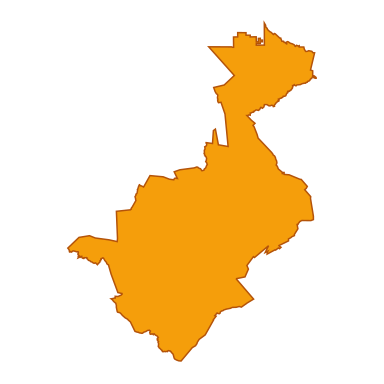 the district of Rosales, Chihuahua, Mexico
{"feature_id": "50627088B98437787119642", "entity_name": "Rosales", "entity_type": "district", "adm_level": 2, "iso_a3": "MEX", "parent_name": "Mexico", "parent_adm1": "Chihuahua", "projection": "albers", "projection_center": [-105.763, 28.244], "detail": "fine", "context": "isolated", "style": "filled", "palette": "amber", "viewbox_px": 384, "rotation_deg": 0, "n_neighbors": 0, "source": "geoboundaries", "source_scale": "gbopen_adm2", "svg_char_len": 5938}
<svg xmlns="http://www.w3.org/2000/svg" viewBox="0 0 384 384"><path d="M231.5,46.9L208.7,46.8L234.3,75.5L224.2,85.0L213.7,87.5L215.1,91.5L216.3,93.6L217.4,94.5L217.8,95.1L217.4,98.0L217.9,99.0L217.8,99.9L217.6,100.0L217.9,101.7L218.5,102.7L221.0,102.3L225.0,114.0L228.1,146.5L218.4,144.8L215.4,129.1L213.4,130.6L212.5,143.5L206.1,142.6L206.0,142.9L206.7,144.0L206.6,145.2L206.0,146.1L204.7,146.8L205.0,148.0L204.9,149.4L204.3,150.2L204.4,152.9L204.1,153.3L204.5,153.7L204.5,154.9L205.3,155.6L205.2,156.2L206.1,156.9L206.6,158.3L206.3,160.4L205.7,161.6L206.7,162.8L207.3,164.7L206.7,165.2L205.7,167.9L204.3,169.0L204.1,170.0L202.8,170.6L201.8,170.7L200.5,168.7L199.6,168.5L198.2,167.7L197.8,167.2L196.7,167.0L194.2,167.9L179.8,169.8L174.2,171.8L177.4,178.5L175.2,178.1L174.4,178.5L173.8,179.8L169.4,179.2L163.2,176.8L150.0,175.6L143.6,187.0L141.4,185.9L139.8,185.6L139.6,184.7L139.4,184.7L138.6,186.3L137.8,189.0L137.4,189.5L137.6,189.9L137.1,193.0L136.5,193.9L136.2,193.9L135.9,194.5L135.9,195.3L135.0,196.7L135.6,198.6L135.5,198.9L135.9,200.5L132.1,207.2L131.2,208.3L131.1,208.7L131.3,209.1L130.5,209.8L116.4,211.3L117.5,238.5L117.2,241.6L108.9,239.8L95.3,238.0L89.5,235.7L79.0,237.4L67.8,248.1L69.1,249.8L69.5,251.9L69.9,252.1L70.3,251.5L71.6,252.1L72.4,251.2L73.3,250.9L75.2,251.3L76.5,251.8L78.1,251.7L78.4,252.6L78.2,253.0L78.3,253.6L78.0,253.6L77.9,254.3L78.3,254.8L78.4,255.5L78.9,256.1L78.5,256.2L78.2,256.7L78.5,257.0L78.1,257.9L79.2,257.4L79.8,256.2L80.4,257.2L81.7,256.4L81.9,257.5L82.2,257.9L83.1,258.4L83.9,258.5L84.2,258.1L84.0,257.8L84.7,257.6L86.1,257.8L86.4,257.6L87.2,258.1L87.0,258.7L87.9,259.5L88.4,260.3L90.1,260.9L90.8,261.7L92.0,262.0L92.8,262.7L94.1,263.3L95.6,262.9L97.3,264.6L97.5,264.1L98.4,263.8L98.6,263.3L99.9,262.0L100.0,260.8L100.6,260.7L100.7,259.9L101.2,259.5L100.9,258.9L101.1,258.6L102.2,258.3L102.6,257.9L103.5,258.1L104.8,260.5L106.5,262.5L106.8,263.6L107.5,264.4L108.4,264.7L111.1,274.1L117.9,292.6L122.0,293.5L122.0,294.3L121.7,294.4L121.3,295.0L118.0,296.5L115.2,296.3L115.3,297.2L115.1,298.0L114.8,297.8L113.6,298.4L111.1,298.8L112.3,299.7L113.6,301.4L115.8,303.3L116.4,305.7L116.3,307.1L117.2,311.5L117.4,311.9L117.7,312.2L119.8,312.7L120.8,313.5L122.4,315.4L125.1,317.8L127.6,319.2L128.2,320.0L130.4,321.9L135.0,331.4L137.3,332.2L138.2,332.2L139.2,332.8L141.9,333.3L142.5,333.2L144.0,332.1L145.9,331.5L147.4,330.5L149.4,330.2L150.4,331.1L149.8,332.1L149.8,332.7L150.2,334.1L151.0,334.3L151.6,333.9L152.4,333.9L153.2,334.6L153.4,334.1L154.1,333.8L155.3,335.0L157.3,336.1L158.3,337.6L157.3,338.4L157.5,339.1L157.8,339.3L157.2,339.9L158.5,341.5L158.0,342.1L158.6,343.7L158.3,346.6L158.8,347.0L159.1,347.8L159.6,348.1L161.7,350.3L162.1,350.4L162.2,351.1L162.5,351.6L163.5,351.7L164.3,351.4L165.3,351.7L166.4,351.4L167.4,351.6L167.8,350.9L168.3,350.6L169.4,351.0L169.8,350.8L171.0,351.6L171.1,352.1L173.1,354.2L174.1,357.9L174.6,358.9L176.5,360.0L178.7,360.8L181.1,361.0L192.3,347.6L195.6,345.7L196.6,344.0L196.9,343.8L197.3,342.3L199.2,339.3L205.2,334.9L213.5,320.1L213.3,319.8L216.1,316.2L214.8,315.7L217.1,313.0L218.0,313.5L219.4,313.7L220.1,313.1L220.3,312.0L221.5,311.0L222.9,310.7L223.7,310.0L226.4,309.1L230.4,308.3L232.3,307.4L236.1,307.3L239.2,306.5L241.4,307.1L247.3,302.9L253.6,299.1L236.4,279.1L236.6,278.6L245.0,276.9L248.4,269.1L246.9,265.5L253.4,256.7L254.5,257.5L268.6,245.7L265.2,252.5L267.8,251.2L267.3,252.1L267.1,254.1L275.1,249.8L275.6,250.1L278.4,248.0L279.5,248.7L281.0,247.3L279.4,246.2L279.0,245.5L288.5,240.9L288.5,238.9L290.8,237.7L291.9,236.7L294.4,235.6L294.4,234.4L297.9,228.8L297.1,224.5L298.0,224.4L298.2,223.7L299.8,221.6L301.8,220.5L310.9,220.6L313.4,219.6L313.4,216.2L310.5,198.5L310.7,196.6L304.7,189.7L306.2,188.4L307.3,186.4L301.2,179.4L300.0,179.3L289.1,174.8L284.1,174.4L284.1,172.5L282.7,172.5L282.3,174.2L282.2,172.2L278.6,169.2L278.0,168.4L277.8,167.4L277.1,166.0L276.2,165.1L276.9,162.9L276.6,160.9L275.6,158.9L275.6,158.2L275.1,156.9L274.5,155.9L273.2,155.0L272.8,154.0L271.6,152.4L258.1,138.1L257.1,134.5L254.1,126.8L253.0,125.4L255.0,123.3L251.4,120.3L246.9,115.5L248.2,115.4L248.8,114.9L250.2,115.2L250.3,113.0L251.1,113.0L252.0,112.4L253.6,112.1L253.6,111.4L254.2,111.3L256.1,109.9L258.6,110.4L259.2,109.6L259.6,109.6L260.7,107.4L261.5,107.5L262.2,108.3L262.4,108.3L263.9,106.9L264.4,104.6L267.1,104.6L268.6,105.7L269.9,105.9L271.8,105.2L272.9,105.6L273.3,106.6L274.5,106.3L274.4,105.6L274.6,104.7L275.4,104.0L275.7,103.2L276.6,102.6L277.5,101.4L277.6,101.6L278.9,101.0L279.0,100.2L278.5,99.8L278.4,99.1L279.6,98.9L280.0,98.4L281.2,98.2L281.5,97.7L282.5,97.5L283.1,96.8L283.2,96.3L284.8,96.2L285.8,95.7L286.7,93.4L287.6,92.9L287.6,91.7L287.9,91.3L288.6,91.7L289.2,91.3L289.3,90.9L289.9,90.9L290.5,90.1L291.3,89.9L292.0,88.5L292.4,88.2L292.4,87.5L292.8,86.9L292.6,85.6L293.4,85.6L293.6,85.2L294.3,84.7L294.6,85.2L295.4,85.7L296.2,85.7L296.3,85.3L297.2,84.9L300.4,84.6L301.8,83.8L304.2,83.2L305.6,83.2L306.0,82.5L307.3,82.2L307.8,81.3L308.8,81.1L309.6,80.6L310.0,80.1L310.1,79.5L311.0,78.6L311.6,78.6L312.4,76.9L312.8,76.7L314.2,77.1L313.8,77.6L314.2,78.0L314.7,77.9L315.4,78.3L316.2,78.2L316.2,77.9L315.9,77.3L314.2,75.9L312.7,75.5L312.7,70.8L310.5,70.0L314.6,52.8L312.9,52.7L311.8,51.3L308.7,50.7L307.4,51.3L305.9,51.5L305.3,50.9L304.3,49.1L303.8,47.0L299.2,47.0L299.2,45.7L298.2,46.1L297.4,45.6L296.4,45.3L295.6,46.4L295.2,46.4L294.1,44.7L292.0,43.7L290.4,43.3L288.2,41.8L287.6,41.6L286.3,42.2L286.1,42.9L286.8,43.8L286.6,43.9L284.8,42.4L284.1,42.4L283.6,41.3L281.9,41.3L280.7,38.1L280.3,38.3L279.7,38.0L275.2,33.8L274.3,33.5L273.6,34.5L273.2,34.3L271.1,32.3L269.9,31.7L268.1,30.1L267.4,29.2L267.2,28.4L265.8,27.0L265.6,25.2L264.3,23.0L264.4,45.1L256.3,45.2L256.3,43.5L260.3,43.4L260.3,41.8L262.4,41.8L262.4,40.1L260.3,40.1L260.3,38.3L258.4,38.4L258.4,41.8L256.3,41.8L256.2,36.8L250.2,36.9L250.2,35.2L246.0,35.2L246.0,32.7L237.7,32.6L237.7,36.9L233.5,37.0L233.6,47.3L232.7,47.3L231.5,46.9Z" fill="#f59e0b" stroke="#b45309" stroke-width="1.5"/></svg>